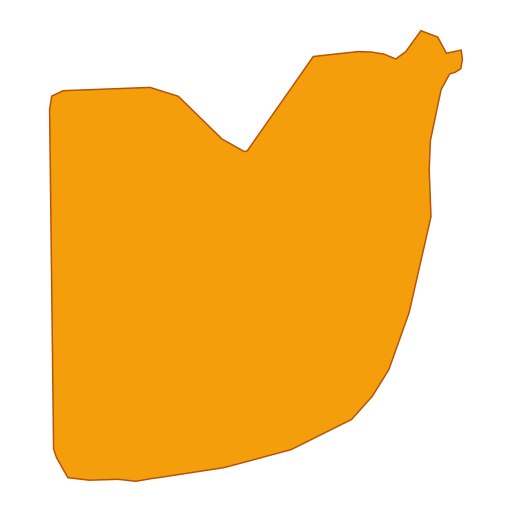 outline of Federal Capital Territory
{"feature_id": "NGA-3470", "entity_name": "Federal Capital Territory", "entity_type": "State", "adm_level": 1, "iso_a3": "NGA", "parent_name": "Nigeria", "parent_adm1": "", "projection": "orthographic", "projection_center": [7.256, 8.878], "detail": "fine", "context": "isolated", "style": "filled", "palette": "amber", "viewbox_px": 512, "rotation_deg": 0, "n_neighbors": 0, "source": "natural_earth", "source_scale": "10m", "svg_char_len": 598}
<svg xmlns="http://www.w3.org/2000/svg" viewBox="0 0 512 512"><path d="M156.7,477.9L152.5,478.4L135.7,481.3L118.2,479.3L89.3,480.2L67.9,477.7L56.5,457.6L53.6,449.0L49.6,109.5L51.7,96.1L63.2,90.7L150.0,87.4L178.3,96.3L222.1,139.1L244.3,151.6L247.3,150.8L313.3,56.5L357.9,51.6L371.1,52.0L384.0,54.1L395.8,59.0L406.0,51.4L420.9,30.7L437.7,37.1L446.4,53.2L461.2,50.1L462.4,59.5L460.8,68.7L455.2,72.3L449.7,73.9L441.1,89.6L430.4,140.6L429.2,170.2L431.0,216.6L409.1,312.7L388.8,369.7L372.2,396.4L351.6,419.4L291.1,449.6L224.6,467.5L156.7,477.9Z" fill="#f59e0b" stroke="#b45309" stroke-width="1.5"/></svg>